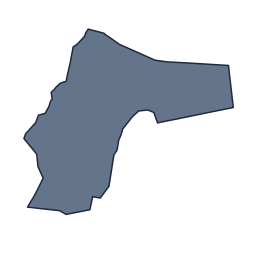 outline of Bayancagaan, Bayanhongor, Mongolia, rotated 97°
{"feature_id": "93677404B22663539773144", "entity_name": "Bayancagaan", "entity_type": "district", "adm_level": 2, "iso_a3": "MNG", "parent_name": "Mongolia", "parent_adm1": "Bayanhongor", "projection": "orthographic", "projection_center": [98.843, 45.297], "detail": "fine", "context": "isolated", "style": "filled", "palette": "slate", "viewbox_px": 256, "rotation_deg": 97, "n_neighbors": 0, "source": "geoboundaries", "source_scale": "gbopen_adm2", "svg_char_len": 1078}
<svg xmlns="http://www.w3.org/2000/svg" viewBox="0 0 256 256"><g transform="rotate(97 128 128)"><path d="M94.8,26.0L53.7,35.9L56.1,75.6L57.6,97.1L57.4,109.5L46.0,146.8L39.5,158.9L38.8,160.6L38.4,161.4L38.3,161.5L38.1,161.7L38.1,162.0L37.9,162.3L37.7,162.6L36.9,163.3L34.7,179.5L38.6,181.5L42.0,182.2L45.3,184.4L50.6,188.4L51.9,189.7L52.7,190.4L54.1,192.3L69.9,193.3L80.8,194.4L85.2,194.8L88.8,195.1L89.6,195.6L90.0,196.8L90.3,197.6L90.7,198.6L90.9,199.1L91.7,200.4L92.2,200.9L92.6,201.4L92.8,201.7L93.0,201.8L93.7,202.2L94.3,202.7L94.5,202.9L94.8,203.3L95.8,204.1L97.2,205.0L98.4,205.7L99.0,206.1L101.9,208.6L108.5,206.8L110.7,208.1L116.3,209.1L123.5,212.0L126.2,218.4L133.9,220.3L146.2,228.9L151.2,230.0L165.1,215.4L177.2,212.7L188.1,206.1L201.8,210.9L207.6,213.1L213.3,215.7L217.9,217.7L218.8,217.8L218.4,185.8L219.8,182.4L221.3,178.9L213.8,155.9L200.5,154.7L200.9,147.0L188.1,139.8L156.4,138.7L151.3,136.2L140.9,135.7L135.6,134.0L129.6,133.1L115.9,124.8L109.8,119.4L107.7,110.7L109.4,104.3L119.3,99.3L94.8,26.0Z" fill="#64748b" stroke="#1e293b" stroke-width="1.5"/></g></svg>